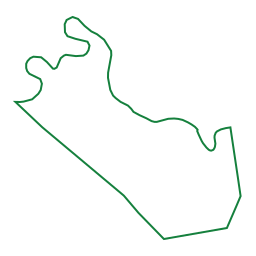 the district of Meade, Kentucky, United States of America
{"feature_id": "52423323B30136231035834", "entity_name": "Meade", "entity_type": "district", "adm_level": 2, "iso_a3": "USA", "parent_name": "United States of America", "parent_adm1": "Kentucky", "projection": "albers", "projection_center": [-86.246, 37.999], "detail": "fine", "context": "isolated", "style": "outline", "palette": "green", "viewbox_px": 256, "rotation_deg": 0, "n_neighbors": 0, "source": "geoboundaries", "source_scale": "gbopen_adm2", "svg_char_len": 1210}
<svg xmlns="http://www.w3.org/2000/svg" viewBox="0 0 256 256"><path d="M28.5,60.0L27.5,61.1L26.2,63.8L26.2,68.0L27.2,71.1L29.4,73.8L40.2,79.1L41.9,83.7L40.7,90.0L38.3,93.8L32.2,99.3L23.6,101.6L19.9,102.0L15.4,101.9L42.2,127.2L123.8,195.6L138.5,212.9L163.9,239.0L226.9,228.0L236.5,205.8L240.6,196.1L237.8,177.0L231.4,134.2L230.4,127.4L225.9,128.1L220.9,129.4L217.0,131.4L215.7,132.8L214.6,135.7L214.5,137.7L215.4,143.7L214.9,146.9L214.2,148.5L213.3,149.8L211.4,150.6L210.2,150.5L208.8,149.8L206.4,147.5L203.0,143.2L201.6,140.8L198.6,134.4L197.2,131.0L197.6,129.8L197.0,129.0L194.9,126.8L191.6,124.5L188.0,122.4L182.6,119.9L178.2,118.9L174.1,118.5L168.2,118.8L156.7,121.9L154.6,121.9L151.6,121.1L146.4,118.3L139.6,115.2L133.5,111.9L131.3,108.9L128.0,105.6L120.6,101.9L115.7,98.1L113.2,95.7L113.0,95.4L110.3,89.9L108.0,77.8L108.1,72.7L111.3,55.2L111.1,50.9L104.1,39.7L97.0,34.2L91.3,31.4L85.7,26.8L84.5,25.8L78.0,18.9L72.5,17.0L66.6,20.0L66.0,21.4L64.7,24.2L65.0,32.2L67.5,36.2L75.4,38.8L87.5,41.7L89.5,45.6L88.5,50.2L86.4,53.6L83.4,55.6L75.9,56.1L65.9,54.8L63.9,55.6L60.7,58.2L56.7,67.5L54.4,68.8L52.9,68.6L46.9,62.0L41.2,57.3L33.4,56.7L30.2,58.2L28.5,60.0Z" fill="none" stroke="#15803d" stroke-width="2"/></svg>